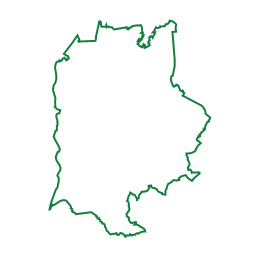 Tlalpujahua, Michoacán, Mexico (Natural Earth projection), rotated 177°
{"feature_id": "50627088B72545798273155", "entity_name": "Tlalpujahua", "entity_type": "district", "adm_level": 2, "iso_a3": "MEX", "parent_name": "Mexico", "parent_adm1": "Michoacán", "projection": "natural_earth1", "projection_center": [-100.216, 19.784], "detail": "fine", "context": "isolated", "style": "outline", "palette": "green", "viewbox_px": 256, "rotation_deg": 177, "n_neighbors": 0, "source": "geoboundaries", "source_scale": "gbopen_adm2", "svg_char_len": 5778}
<svg xmlns="http://www.w3.org/2000/svg" viewBox="0 0 256 256"><g transform="rotate(177 128 128)"><path d="M210.6,50.8L210.0,50.9L208.7,53.8L208.3,54.0L208.7,55.8L207.8,55.7L206.9,54.6L203.8,56.1L200.4,58.2L197.2,59.3L194.8,59.2L193.2,58.4L189.9,53.9L189.2,52.6L189.0,51.0L189.3,50.6L188.0,50.0L188.0,48.7L187.7,48.3L188.3,47.8L187.3,46.7L185.9,46.4L184.5,44.7L169.1,45.8L163.8,41.8L163.6,41.1L163.8,41.0L163.3,40.8L163.4,39.6L162.2,38.7L161.7,39.1L161.6,38.4L160.7,37.9L160.5,37.5L160.7,36.6L160.4,36.0L158.9,35.3L158.9,34.3L158.6,33.9L157.2,33.6L156.8,33.3L156.2,32.1L156.2,30.5L155.4,29.5L155.2,28.2L154.6,26.5L153.1,25.1L152.1,23.6L151.0,22.6L149.6,23.0L146.4,23.1L145.1,23.7L144.5,22.0L143.7,21.6L142.5,22.0L141.3,23.5L140.8,23.6L140.1,23.1L138.8,22.9L138.1,21.8L137.1,21.4L136.6,19.7L136.3,19.5L135.8,19.7L135.0,20.9L134.0,20.7L132.0,20.6L131.6,21.8L131.0,21.6L130.3,20.9L129.5,20.4L129.1,21.0L128.5,21.1L127.3,21.2L126.5,21.0L125.9,21.7L124.3,22.5L123.5,21.9L123.0,21.9L122.1,22.8L119.4,23.6L116.8,24.0L116.2,23.8L116.5,25.5L116.9,26.0L119.0,27.9L120.1,28.2L121.4,29.3L121.7,29.8L122.3,30.0L123.3,30.7L123.7,30.6L124.7,31.4L126.6,31.1L125.6,32.7L125.1,33.0L124.9,33.4L125.1,33.7L125.9,33.3L127.6,33.4L128.9,32.9L130.2,33.2L130.4,33.8L131.1,34.3L131.5,35.6L131.9,36.1L132.0,36.8L131.7,38.0L132.3,39.0L133.1,39.2L133.8,40.0L133.9,42.5L132.5,43.9L132.1,44.7L131.3,45.3L130.9,46.2L130.9,48.2L131.2,49.7L131.5,50.1L131.1,50.8L131.3,53.5L132.0,54.8L132.8,55.2L132.3,56.0L130.9,60.0L129.2,62.6L129.1,63.3L127.4,62.3L126.7,61.3L125.4,61.1L124.6,60.5L122.7,56.8L122.9,54.7L122.0,57.2L121.0,57.4L121.0,58.0L120.0,61.0L118.4,62.3L117.9,63.6L116.8,63.4L115.9,63.8L115.3,63.6L114.3,63.9L113.5,63.7L112.2,64.2L111.0,65.2L110.6,66.0L110.1,67.6L110.6,69.1L110.2,69.3L109.6,68.9L108.1,69.5L107.8,69.2L108.1,68.3L107.8,67.8L106.4,66.9L104.1,66.4L102.6,65.3L102.3,65.3L102.2,64.5L101.4,63.2L99.2,61.9L97.4,61.3L97.5,60.4L96.2,59.8L94.1,59.5L93.9,63.3L92.7,65.4L91.8,68.1L90.7,70.1L87.3,71.8L85.7,73.3L84.7,73.7L82.8,73.0L79.5,73.3L79.4,73.6L80.0,74.0L80.1,74.4L79.4,75.6L76.8,77.1L73.3,77.9L72.5,77.6L71.1,75.2L69.9,74.1L66.9,71.9L66.4,72.7L65.6,73.0L65.4,73.8L58.9,78.8L58.8,79.3L59.5,80.0L63.8,80.0L65.6,80.3L66.5,79.9L67.1,81.9L67.8,83.1L68.3,83.2L69.5,82.9L69.9,82.9L70.1,83.3L70.2,85.1L69.4,87.0L68.7,87.5L68.4,88.3L68.5,89.3L68.9,91.0L70.1,93.3L69.8,94.4L69.8,95.1L71.0,97.6L70.9,99.5L69.7,99.3L67.0,99.6L65.2,100.0L62.8,101.0L61.7,102.0L61.0,104.0L58.5,107.3L56.1,109.0L57.5,110.6L59.4,111.8L59.8,112.4L60.0,112.9L59.7,113.8L57.8,115.4L57.2,115.6L57.4,115.9L58.2,115.7L58.3,116.0L56.6,116.4L56.8,117.6L56.3,117.4L56.0,117.6L55.1,119.7L53.4,120.6L52.8,121.2L52.6,122.5L52.2,121.9L51.3,122.5L50.6,126.2L50.3,126.7L49.8,127.0L49.0,129.3L47.4,129.9L46.9,130.4L47.3,130.8L46.1,132.4L45.4,134.1L49.6,138.0L50.2,141.7L52.2,145.4L52.8,146.2L71.7,157.4L70.6,158.8L70.0,160.1L70.8,160.5L71.3,161.0L71.1,162.2L71.6,162.5L72.8,162.1L74.1,163.1L74.2,164.0L75.5,167.6L76.3,167.9L76.5,168.5L77.3,168.4L77.9,167.9L78.0,168.3L80.0,166.8L80.9,167.6L81.7,170.7L82.3,172.0L82.7,174.4L81.9,177.4L81.5,177.8L80.7,177.8L79.0,183.8L78.8,185.2L78.2,186.8L77.8,194.0L78.6,221.6L74.9,221.7L74.9,222.7L75.3,224.0L75.0,226.7L74.4,228.7L75.5,230.2L77.9,232.2L79.3,232.6L80.5,232.4L80.7,232.8L81.1,232.4L80.9,232.1L81.3,231.5L82.4,230.3L82.9,230.2L83.2,229.7L85.0,229.6L85.6,228.0L88.5,227.6L90.7,227.9L90.8,226.8L93.5,226.2L94.7,227.1L96.6,223.9L98.2,222.1L95.8,222.2L96.8,220.0L97.9,218.5L98.6,216.8L99.2,217.8L100.3,218.6L100.7,218.6L101.0,217.7L102.0,217.3L102.0,216.4L101.4,216.4L102.1,216.1L101.7,214.5L102.6,213.9L103.0,213.4L103.1,212.7L102.9,212.9L103.0,211.9L102.2,211.6L102.0,209.6L105.1,207.8L107.1,207.2L106.7,209.7L107.7,210.7L108.0,210.9L109.0,208.6L109.4,208.9L109.7,208.4L109.6,207.9L109.8,207.8L111.6,208.9L112.7,210.0L112.8,210.7L113.9,211.4L113.7,211.5L113.6,212.3L112.8,213.3L113.2,213.4L110.8,214.0L113.6,214.3L112.3,216.2L112.0,215.5L111.6,215.3L111.5,215.7L110.9,215.3L110.4,215.9L110.2,215.2L110.0,215.3L109.7,215.5L110.0,216.5L108.9,217.1L108.5,218.1L109.0,218.4L108.4,219.0L107.9,218.9L107.6,219.7L108.6,219.6L108.2,222.1L109.9,222.2L108.6,223.8L109.0,228.4L110.0,230.1L112.6,229.7L113.4,230.1L119.0,229.4L118.6,229.4L118.6,229.0L119.3,228.5L119.0,228.2L119.7,228.6L120.2,228.4L120.2,228.1L121.6,227.9L121.5,227.7L122.4,227.3L122.2,226.8L122.6,226.4L123.1,226.6L123.0,226.9L123.5,227.0L124.5,227.9L124.2,228.6L124.4,228.6L136.8,227.1L138.8,229.5L141.6,229.7L142.1,230.2L142.4,230.0L143.6,230.3L144.0,230.7L144.3,232.0L144.5,231.5L144.6,230.1L144.8,230.3L148.6,230.5L149.4,230.8L149.5,234.0L149.9,235.5L149.5,236.5L150.0,236.0L150.7,234.6L150.9,235.0L151.2,234.8L151.5,235.1L151.8,233.2L155.1,221.2L155.4,221.0L155.1,219.5L156.0,216.7L172.3,216.9L172.8,216.7L173.0,217.5L172.0,218.5L172.0,218.9L173.6,223.2L179.1,216.0L188.1,205.4L184.7,203.0L184.1,202.9L183.5,200.7L183.7,200.3L185.1,200.0L185.4,198.9L186.1,198.7L187.4,200.9L187.8,200.9L187.9,201.3L188.4,201.0L188.9,201.0L190.0,200.3L190.2,199.7L190.8,199.2L190.7,198.8L192.0,198.6L192.7,197.9L193.2,198.1L193.3,198.9L194.2,198.1L195.9,197.6L197.1,195.1L197.7,192.4L196.9,184.8L197.0,180.5L198.3,176.8L200.2,174.1L200.5,171.5L201.0,170.9L200.9,169.8L198.9,161.4L199.5,157.3L199.4,152.4L199.5,152.4L197.8,150.5L196.5,149.9L195.0,149.7L194.7,149.3L195.9,146.2L196.7,146.3L198.3,145.6L199.1,143.9L198.7,141.2L198.1,138.9L198.0,138.2L198.4,137.4L198.1,136.7L198.2,134.6L198.9,134.0L199.1,130.2L199.5,129.0L200.5,129.0L202.6,123.6L202.4,122.4L201.2,119.6L197.7,112.5L197.2,110.3L197.7,108.8L198.8,107.6L199.5,107.7L201.5,103.4L201.5,101.1L201.1,99.6L200.5,98.2L198.3,94.4L197.5,91.7L197.9,89.4L200.6,85.3L201.0,84.1L199.8,81.8L200.0,78.1L201.8,71.8L203.1,70.6L208.7,57.6L210.6,50.8Z" fill="none" stroke="#15803d" stroke-width="2"/></g></svg>